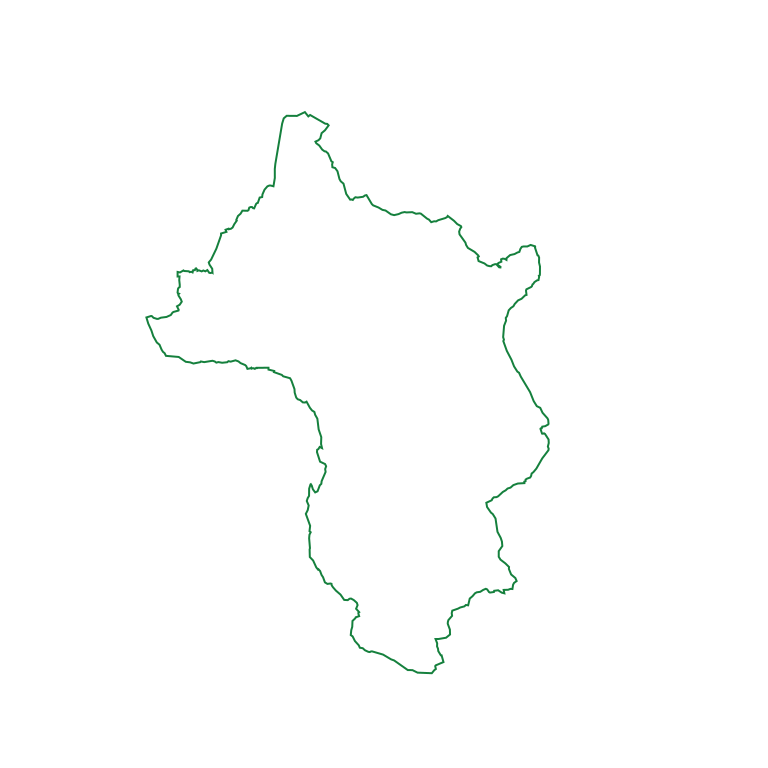 the district of Bogdan Voda, Maramures, Romania, rotated 67°
{"feature_id": "2599482B91571956331193", "entity_name": "Bogdan Voda", "entity_type": "district", "adm_level": 2, "iso_a3": "ROU", "parent_name": "Romania", "parent_adm1": "Maramures", "projection": "robinson", "projection_center": [24.297, 47.701], "detail": "fine", "context": "isolated", "style": "outline", "palette": "green", "viewbox_px": 768, "rotation_deg": 67, "n_neighbors": 0, "source": "geoboundaries", "source_scale": "gbopen_adm2", "svg_char_len": 6164}
<svg xmlns="http://www.w3.org/2000/svg" viewBox="0 0 768 768"><g transform="rotate(67 384 384)"><path d="M526.4,518.0L529.1,517.2L528.9,516.7L531.2,515.9L535.3,516.1L538.1,515.6L543.5,515.9L545.9,514.2L546.7,511.3L547.4,510.4L548.9,510.8L551.1,510.4L555.4,509.0L560.9,506.3L567.2,505.0L568.8,501.8L568.2,499.7L568.6,498.2L571.0,496.3L574.8,494.5L577.2,494.7L580.0,497.5L584.3,496.0L584.5,496.9L585.3,497.3L588.0,497.6L587.7,501.2L588.4,501.9L589.8,505.6L595.1,508.1L597.8,510.3L602.1,512.7L604.1,511.5L609.3,511.2L614.7,509.3L617.3,509.3L618.9,506.8L621.6,505.6L624.4,503.1L625.2,501.8L625.1,500.3L625.5,499.4L632.7,490.6L640.3,485.0L642.4,482.7L656.6,473.9L658.5,469.6L662.8,465.9L668.9,453.0L667.1,449.6L666.6,447.6L663.7,447.1L663.2,446.3L663.2,437.9L656.3,437.0L656.0,437.7L651.1,438.4L648.7,437.7L646.3,437.7L643.5,436.4L638.9,436.2L640.1,433.2L641.8,426.0L640.4,421.1L635.8,419.3L629.6,419.0L628.0,418.2L626.5,417.0L624.0,411.9L621.4,411.2L619.3,409.7L619.7,403.7L619.5,401.2L620.1,396.9L619.4,395.0L620.6,393.0L615.0,388.9L613.9,385.4L612.2,382.0L612.0,380.0L612.9,376.6L612.3,373.2L612.3,370.3L613.4,369.3L616.6,368.6L617.4,367.9L618.4,364.1L617.4,363.4L618.5,359.5L622.0,357.2L623.7,355.0L620.3,354.3L621.9,350.2L622.0,347.6L622.9,345.9L619.2,343.6L617.9,342.0L617.2,338.9L613.9,338.9L609.0,341.4L603.0,341.3L601.3,340.4L596.5,342.4L591.2,345.4L587.9,345.9L582.7,343.7L579.4,338.4L575.1,337.0L571.2,336.7L564.4,337.3L551.4,333.9L546.2,334.7L544.2,335.8L537.5,337.2L533.3,336.2L533.1,330.3L531.9,328.9L531.2,327.2L532.1,324.6L532.0,322.9L529.8,316.8L529.4,313.5L528.5,311.1L528.8,308.0L527.6,304.4L527.9,299.7L530.1,293.5L528.7,293.0L528.8,291.7L527.3,291.0L527.0,289.2L527.2,286.0L526.1,284.5L524.1,283.1L523.5,280.9L521.4,276.8L514.3,267.4L509.2,258.5L507.9,257.7L505.6,257.6L502.7,255.4L499.4,254.2L492.9,255.3L491.9,256.0L491.9,257.1L491.4,257.9L486.4,257.5L486.1,257.1L486.4,256.1L485.1,255.0L485.8,252.1L485.4,248.6L484.9,248.1L481.3,246.9L479.6,246.9L472.4,249.3L467.0,249.5L464.1,252.0L458.3,252.9L448.6,252.7L430.6,255.2L426.4,255.3L424.7,256.4L418.6,257.4L411.4,257.2L401.5,258.0L391.1,257.4L390.1,256.3L387.4,256.0L377.3,250.7L373.4,246.9L370.8,246.1L369.6,244.2L364.9,240.4L363.6,237.5L363.0,234.5L361.4,232.4L359.4,227.9L359.3,224.1L357.5,219.4L357.7,218.0L353.5,216.8L352.5,215.9L352.2,210.7L351.9,209.8L350.3,208.3L350.2,207.5L349.0,205.7L348.4,202.6L348.7,201.2L346.0,199.3L344.9,199.2L344.7,198.1L343.9,197.6L336.8,194.5L332.7,193.8L328.2,191.8L326.0,191.8L325.5,192.4L317.2,191.7L316.6,191.2L316.6,190.3L316.5,190.9L313.3,194.7L313.4,198.4L311.9,201.9L311.6,203.6L312.9,205.6L315.3,207.8L315.1,209.8L315.4,213.1L314.6,217.5L316.0,222.0L317.6,222.8L316.0,224.0L315.0,225.6L315.0,227.5L317.3,228.2L317.3,231.2L317.8,232.6L318.7,232.8L321.7,231.0L322.2,231.3L321.6,232.4L317.6,233.8L317.1,234.9L316.9,237.8L317.5,239.2L316.7,240.9L315.2,242.8L312.3,244.4L307.8,248.9L304.0,248.4L303.6,246.9L302.5,247.0L297.8,249.0L291.5,253.6L288.1,254.1L285.7,253.8L275.8,256.0L273.1,255.3L270.8,253.2L269.8,251.5L268.7,251.5L265.4,254.1L261.1,255.8L254.2,259.7L255.0,260.8L255.2,262.8L254.4,270.1L254.7,272.5L253.8,274.3L253.5,277.3L250.2,278.4L248.7,279.7L241.6,283.5L240.8,284.6L239.8,288.0L236.9,290.8L234.8,296.4L233.8,297.8L233.2,300.9L233.3,304.2L232.5,308.7L230.5,311.3L224.9,314.8L223.1,317.4L219.4,320.1L215.3,324.2L213.6,324.9L203.3,326.3L203.0,327.8L203.5,330.1L202.1,335.4L200.9,337.4L201.6,339.6L202.4,340.8L201.4,341.9L201.1,343.1L194.3,344.5L183.7,343.0L180.6,344.6L177.9,344.9L170.0,343.7L166.1,344.6L164.3,346.8L161.5,345.9L159.8,344.5L158.5,345.4L149.9,345.4L147.2,346.7L146.6,347.8L144.1,349.3L139.2,350.4L135.9,352.3L134.1,352.4L134.0,349.1L133.0,346.7L128.7,343.4L127.4,339.2L124.3,333.9L122.4,334.6L121.4,336.4L107.5,346.9L108.1,349.1L102.8,350.6L103.2,359.4L99.1,368.8L100.3,372.5L104.5,376.0L138.9,398.0L143.4,400.5L151.7,404.0L158.8,408.5L157.0,410.8L156.5,412.0L156.5,414.1L158.4,418.0L162.0,421.8L164.3,423.1L163.8,425.6L168.0,429.4L167.9,430.5L168.3,431.4L171.6,434.9L171.0,435.8L169.5,436.4L169.0,437.7L169.0,439.1L171.1,440.9L171.2,442.0L169.1,446.6L171.2,449.5L172.3,452.8L175.3,455.9L176.1,455.7L178.4,459.4L180.8,462.2L181.3,464.2L180.9,466.4L180.3,466.4L180.1,469.6L182.4,469.6L181.8,475.2L183.5,475.9L193.9,485.4L201.9,494.5L203.6,497.8L205.9,498.0L210.8,497.1L214.6,498.4L214.1,498.7L214.2,500.0L213.4,501.4L210.1,502.1L210.5,504.4L208.9,506.0L209.1,507.8L207.0,510.0L207.0,511.6L205.8,511.3L204.1,511.8L204.1,512.4L205.3,513.6L204.7,515.2L206.5,516.6L205.4,517.5L205.1,519.2L204.0,519.6L201.9,523.8L201.1,524.2L201.6,528.2L200.2,530.2L204.4,532.0L205.1,530.2L208.4,531.9L212.7,533.2L214.9,534.1L215.2,535.5L216.0,536.5L219.2,538.3L220.0,538.3L220.8,537.4L221.3,538.4L222.3,538.6L226.7,537.9L229.2,538.0L231.2,541.1L231.6,544.2L235.5,544.0L236.1,544.5L235.4,549.7L235.7,550.9L237.2,553.3L237.3,558.0L235.8,563.4L235.8,566.4L235.4,567.5L233.0,570.3L230.8,571.2L230.4,571.8L229.9,576.7L236.3,577.4L243.9,577.2L249.8,577.7L257.0,576.9L260.1,575.3L265.5,575.3L268.0,574.9L269.9,573.9L272.9,573.7L278.9,562.4L286.1,557.8L288.3,554.0L290.7,551.4L292.1,544.6L291.7,543.8L293.6,541.0L295.6,532.8L297.1,531.0L298.8,530.0L299.1,527.9L301.2,524.7L302.7,519.8L302.2,518.3L303.5,516.4L304.2,511.4L306.4,509.1L308.7,507.9L312.3,504.4L313.7,503.8L316.7,503.8L317.4,500.7L317.2,499.9L318.1,499.9L318.2,498.4L319.6,497.0L319.2,496.3L319.7,494.8L319.4,494.7L323.9,484.0L325.6,484.7L329.1,480.0L330.0,480.7L335.7,474.5L337.5,473.8L342.0,468.2L344.8,467.9L353.7,468.4L357.1,469.6L362.2,470.1L364.3,469.4L366.1,467.4L369.2,465.9L370.2,463.9L370.0,462.2L376.9,461.5L380.2,460.6L382.5,459.0L385.4,459.4L389.9,458.9L400.3,461.9L408.4,462.5L414.7,465.4L418.8,466.1L416.8,467.8L418.3,469.9L418.4,471.2L420.5,472.3L430.5,473.2L434.7,469.5L437.1,469.4L439.3,471.4L442.1,472.1L449.1,479.4L451.4,480.7L452.2,482.7L456.8,487.1L456.9,489.7L453.1,490.6L449.3,490.2L447.6,490.5L447.7,490.9L451.1,493.8L457.7,496.7L459.2,498.8L461.5,500.8L466.4,500.8L470.3,503.5L473.0,506.7L485.7,507.4L490.4,510.1L491.8,509.4L493.6,511.5L496.8,513.2L506.2,516.3L507.2,517.1L514.3,519.9L518.8,518.2L526.4,518.0Z" fill="none" stroke="#15803d" stroke-width="2"/></g></svg>